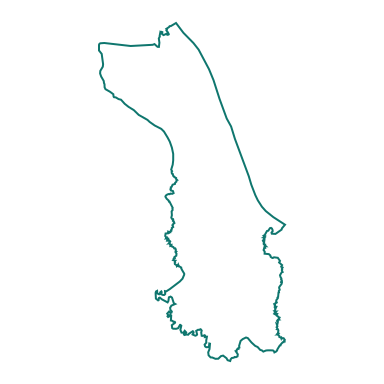 the district of Ban Phaeng, Nakhon Phanom, Thailand
{"feature_id": "78962969B32872774308874", "entity_name": "Ban Phaeng", "entity_type": "district", "adm_level": 2, "iso_a3": "THA", "parent_name": "Thailand", "parent_adm1": "Nakhon Phanom", "projection": "robinson", "projection_center": [104.227, 17.874], "detail": "fine", "context": "isolated", "style": "outline", "palette": "teal", "viewbox_px": 384, "rotation_deg": 0, "n_neighbors": 0, "source": "geoboundaries", "source_scale": "gbopen_adm2", "svg_char_len": 6056}
<svg xmlns="http://www.w3.org/2000/svg" viewBox="0 0 384 384"><path d="M285.0,224.7L273.3,217.1L265.8,211.1L261.9,206.7L257.8,200.3L255.3,195.1L251.3,184.7L248.8,176.3L234.9,138.8L231.1,126.5L226.7,118.5L219.5,98.8L213.5,80.1L209.0,69.2L198.6,49.6L193.5,43.1L183.4,32.8L176.0,23.0L170.8,26.1L169.6,26.2L169.0,27.1L166.3,28.9L166.9,29.6L166.4,30.5L167.8,32.2L168.8,34.2L168.5,34.6L167.3,34.8L166.8,33.6L163.6,35.1L162.2,34.2L162.3,32.1L161.6,31.9L161.2,32.7L160.4,32.0L159.6,36.1L159.8,36.6L158.8,38.4L159.4,42.7L158.9,46.9L157.5,46.8L154.5,44.1L152.7,44.8L130.7,46.0L104.3,43.0L100.2,43.3L99.4,43.9L99.0,44.9L99.0,50.5L101.7,53.9L103.1,64.2L102.8,66.7L100.3,70.9L100.1,73.5L101.2,76.6L103.7,80.9L104.0,83.1L104.5,84.2L104.6,87.3L105.5,89.2L109.9,91.7L113.3,94.2L113.6,96.6L114.0,97.2L115.8,97.4L118.6,99.1L121.0,99.7L124.7,103.8L128.6,106.9L133.8,110.1L138.7,114.9L147.5,119.9L149.6,121.9L154.7,125.5L161.3,128.9L164.0,131.6L167.7,137.7L169.8,141.7L171.9,147.7L173.2,153.9L173.2,160.4L172.7,164.7L171.2,169.6L172.1,171.2L171.6,171.8L171.9,173.6L172.8,174.0L173.2,175.9L174.4,176.7L174.4,177.2L176.1,178.0L176.0,178.8L177.1,180.0L176.5,180.2L176.4,181.6L175.1,182.8L175.0,183.9L172.6,184.7L171.6,186.9L170.8,187.3L170.9,188.8L170.4,189.2L170.8,190.4L173.0,191.1L173.6,193.1L172.3,193.8L170.4,193.6L169.7,194.2L168.8,194.0L167.3,194.5L165.8,195.6L165.4,196.7L166.7,198.8L168.6,200.5L168.9,201.6L169.5,201.6L172.7,207.9L172.4,208.4L172.6,210.0L171.6,211.4L171.9,215.2L171.3,217.7L172.2,219.1L172.9,219.1L172.9,220.3L173.3,220.1L173.6,221.7L174.0,221.9L174.4,223.1L173.3,223.8L173.1,224.7L172.4,225.2L173.2,227.0L171.8,228.0L171.9,228.9L171.0,230.2L171.4,230.8L170.5,231.5L170.4,232.1L168.4,231.7L168.8,232.8L168.0,232.8L168.0,233.3L165.6,233.5L165.2,236.0L166.2,237.3L165.9,238.2L167.0,237.7L167.1,239.1L167.7,239.0L167.3,240.0L168.0,240.2L167.6,240.7L168.3,240.7L168.7,239.7L169.1,240.7L169.7,241.0L169.5,241.4L170.0,241.8L169.2,242.8L169.7,242.6L169.4,243.4L169.7,244.3L170.1,244.2L170.5,245.0L171.1,244.9L170.7,245.8L171.5,245.6L171.5,246.3L173.4,247.1L174.3,248.5L175.3,248.4L175.8,249.4L175.7,251.0L176.3,251.5L175.5,252.1L176.5,253.7L176.3,255.7L174.5,257.0L174.7,257.7L174.3,257.6L173.4,259.2L174.1,260.1L173.8,260.3L175.2,260.6L174.7,261.1L175.2,262.1L174.7,262.8L174.9,264.1L176.6,265.2L176.8,266.0L177.7,265.0L177.6,266.0L178.2,266.2L178.5,265.3L179.1,266.3L181.2,267.5L181.1,268.0L182.0,269.9L184.2,273.6L184.2,274.7L182.5,278.7L179.8,281.5L169.8,289.1L166.2,291.4L165.0,291.1L165.2,294.0L164.4,294.9L163.1,295.0L161.1,294.2L161.7,292.1L161.3,291.4L160.4,292.1L159.6,293.9L159.1,294.3L157.3,293.4L157.1,290.9L156.0,291.5L155.6,292.9L155.9,298.6L158.1,300.4L158.6,300.2L158.9,298.0L159.8,297.6L162.0,299.4L167.6,302.4L168.4,301.0L168.9,297.3L170.6,296.6L172.0,297.6L173.8,303.2L175.2,304.0L171.4,305.6L170.1,307.8L170.4,309.9L171.8,311.5L171.5,312.6L170.5,313.0L169.0,311.6L167.2,313.6L168.2,315.0L167.5,316.3L168.1,317.0L169.5,316.3L170.2,314.7L171.2,315.4L170.9,320.5L172.6,320.9L173.2,321.7L174.7,321.8L175.1,322.3L175.0,322.8L171.8,325.2L172.2,328.1L173.1,328.7L176.2,328.8L178.1,328.2L180.0,324.9L180.4,324.9L181.3,325.7L180.4,329.8L181.5,332.6L183.5,332.7L184.7,330.8L186.2,332.4L185.9,332.9L184.2,333.5L183.9,334.3L184.4,335.0L186.5,334.5L188.2,334.7L189.0,333.7L192.8,331.2L193.3,331.5L193.6,332.7L192.6,334.5L195.3,335.7L196.6,335.2L197.1,334.4L196.2,330.9L198.0,329.8L199.6,329.8L200.3,329.2L201.0,329.5L201.7,330.6L201.2,332.5L201.7,335.8L203.0,335.9L204.5,335.2L205.2,335.6L204.9,337.1L206.9,336.8L206.2,340.6L206.3,342.7L204.6,344.6L205.1,346.4L206.2,347.2L208.4,347.1L209.0,346.3L209.3,343.5L210.0,343.7L209.5,349.1L208.2,352.3L208.6,355.3L210.6,357.4L212.3,357.5L215.4,358.8L218.3,358.7L221.0,356.1L223.1,355.6L226.5,358.2L227.6,360.2L230.2,361.0L230.8,359.1L231.8,358.0L233.8,357.7L234.6,357.0L235.9,357.2L237.5,356.4L237.8,354.3L235.7,351.1L236.7,350.8L236.7,349.9L237.6,348.7L238.5,348.9L238.6,348.0L239.4,347.6L239.1,345.9L240.6,340.9L242.7,339.1L246.0,337.5L247.8,338.1L251.5,342.5L255.2,345.9L257.6,347.0L260.2,349.9L261.9,350.4L263.3,351.6L266.0,350.5L268.3,350.3L272.9,350.4L274.0,351.3L274.4,352.4L276.0,351.6L277.1,350.5L277.3,349.5L279.8,345.4L280.5,345.4L281.1,344.0L282.8,342.2L283.6,342.2L283.9,341.3L284.6,341.4L284.5,340.3L284.8,339.9L283.6,338.2L282.4,338.4L281.6,337.6L281.3,338.3L281.1,337.7L279.4,337.0L279.5,336.3L278.0,334.8L279.1,334.3L277.4,334.4L278.3,333.7L277.7,333.5L278.3,332.9L278.0,332.5L278.4,330.7L278.0,329.5L277.2,329.3L277.6,328.9L276.6,327.2L277.4,326.3L276.6,323.7L277.4,324.1L277.9,321.9L277.0,321.0L277.4,320.4L277.8,320.8L277.9,319.9L278.9,319.7L278.6,319.5L279.4,317.9L278.7,317.9L278.6,316.9L276.7,315.6L276.5,314.8L276.9,314.3L276.4,314.1L276.0,314.8L274.8,314.1L276.3,313.5L274.8,312.9L276.0,311.7L275.2,311.8L274.5,311.1L275.0,311.0L274.8,310.4L275.3,309.8L275.1,308.2L275.7,308.2L276.3,306.9L275.6,306.9L275.4,306.3L274.8,306.5L274.9,305.7L274.3,304.2L275.1,304.2L275.2,303.5L276.5,302.7L276.1,302.3L276.5,302.0L276.2,301.6L276.3,300.2L277.8,298.2L277.5,297.5L278.1,297.0L278.5,292.6L279.0,292.4L278.8,291.0L279.7,289.8L279.1,287.8L279.4,286.8L281.6,283.9L281.8,282.8L281.0,282.2L281.4,281.1L281.9,281.3L281.8,280.2L281.1,279.3L281.4,278.4L280.6,277.3L280.0,275.2L281.7,272.3L282.6,272.0L281.8,270.1L282.2,269.4L281.9,268.8L282.6,267.5L281.2,266.7L282.1,265.1L279.1,262.5L280.0,260.9L277.8,257.8L274.0,257.3L272.8,258.0L272.2,257.9L270.7,256.9L270.3,255.4L268.8,254.1L264.6,253.7L264.7,251.6L263.6,250.1L263.7,249.5L264.5,248.4L264.1,248.2L264.3,247.5L264.7,248.1L265.2,247.9L264.6,246.5L264.8,246.0L265.8,246.1L264.9,245.2L265.1,244.6L263.8,244.3L263.8,243.5L263.1,243.9L264.1,243.1L264.2,241.7L263.6,241.9L262.9,240.7L263.4,240.2L263.2,239.8L263.9,240.7L264.4,240.3L264.5,239.0L263.8,239.1L264.5,237.6L263.9,237.5L264.7,237.1L264.2,236.6L264.9,236.1L263.8,235.6L264.8,234.9L267.0,231.0L268.3,230.7L269.9,228.2L271.0,227.9L271.9,228.5L272.5,229.8L272.7,231.1L271.5,232.6L271.8,233.7L275.5,233.9L281.6,229.6L281.9,228.4L285.0,224.7Z" fill="none" stroke="#0f766e" stroke-width="2"/></svg>